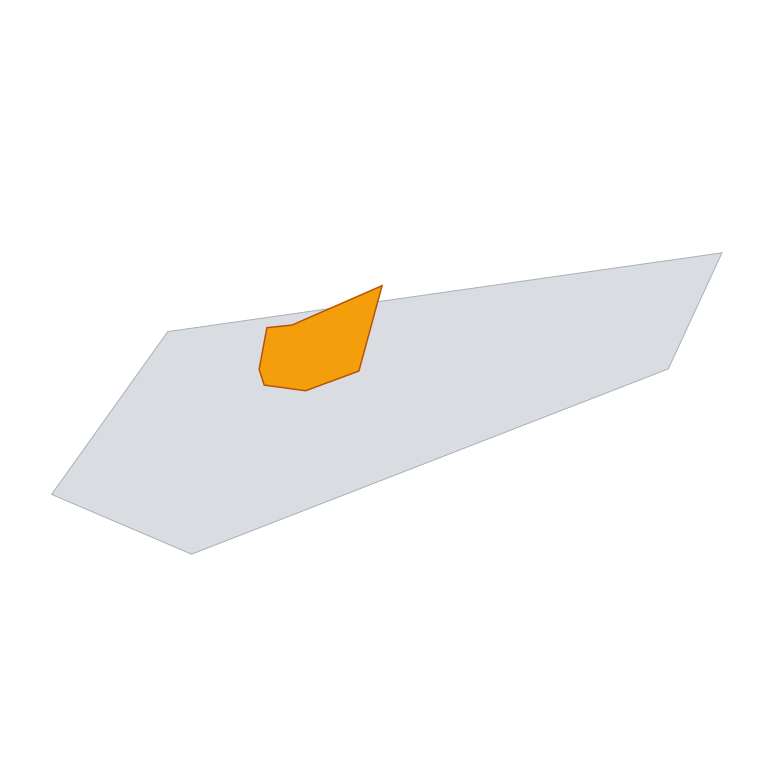 location of The Farrington within Anguilla, rotated 195°
{"feature_id": "AIA-5124", "entity_name": "The Farrington", "entity_type": "District", "adm_level": 1, "iso_a3": "AIA", "parent_name": "Anguilla", "parent_adm1": "", "projection": "equal_earth", "projection_center": [-63.044, 18.213], "detail": "fine", "context": "in_parent", "style": "filled", "palette": "amber", "viewbox_px": 768, "rotation_deg": 195, "n_neighbors": 0, "source": "natural_earth", "source_scale": "10m", "svg_char_len": 412}
<svg xmlns="http://www.w3.org/2000/svg" viewBox="0 0 768 768"><g transform="rotate(195 384 384)"><path d="M606.4,378.7L91.5,598.2L113.3,472.2L525.9,169.8L676.5,191.3L606.4,378.7Z" fill="#d9dde1" stroke="#a8b0b8" stroke-width="1"/><path d="M511.7,408.1L488.2,417.1L411.3,478.5L411.5,419.1L411.6,390.1L458.0,357.2L499.4,351.9L508.4,365.8L511.7,408.1Z" fill="#f59e0b" stroke="#b45309" stroke-width="1.5"/></g></svg>